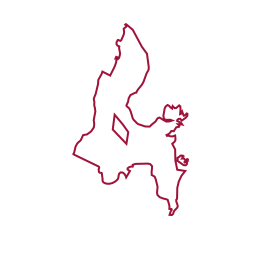 SVG path tracing the border of Camarines Sur, rotated 68°
{"feature_id": "PHL-2538", "entity_name": "Camarines Sur", "entity_type": "Province", "adm_level": 1, "iso_a3": "PHL", "parent_name": "Philippines", "parent_adm1": "", "projection": "mercator", "projection_center": [123.353, 13.672], "detail": "fine", "context": "isolated", "style": "outline", "palette": "rose", "viewbox_px": 256, "rotation_deg": 68, "n_neighbors": 0, "source": "natural_earth", "source_scale": "10m", "svg_char_len": 3361}
<svg xmlns="http://www.w3.org/2000/svg" viewBox="0 0 256 256"><g transform="rotate(68 128 128)"><path d="M98.3,106.9L98.0,108.4L98.4,113.4L100.7,116.2L103.8,118.2L106.4,121.0L107.5,121.0L110.3,119.5L113.7,119.3L121.0,120.0L122.5,119.7L126.7,118.0L128.2,117.1L133.0,111.5L133.8,109.8L134.1,108.9L134.6,108.0L134.8,107.1L133.9,105.3L132.3,100.1L130.1,97.0L130.1,94.9L134.6,91.6L135.2,91.0L136.3,90.2L137.1,88.3L137.5,86.1L137.6,84.2L136.2,85.7L134.5,90.1L133.3,91.0L131.4,91.0L130.1,90.7L123.8,86.8L122.2,85.1L121.5,82.7L122.8,81.6L125.2,80.7L126.5,79.8L124.4,78.4L127.1,77.3L127.5,75.7L126.2,72.1L127.5,71.4L130.3,72.3L134.7,74.5L134.7,73.6L134.2,73.2L132.9,71.6L136.8,71.8L137.6,71.6L137.6,70.6L136.5,68.1L137.1,67.6L138.9,68.4L140.1,70.5L141.3,75.5L139.0,76.1L138.5,77.8L139.1,79.4L139.9,79.8L142.4,77.5L143.6,76.7L145.1,76.4L144.4,77.3L143.2,80.3L144.6,79.7L145.1,79.4L146.0,80.3L145.4,82.9L148.1,86.8L147.0,89.0L147.9,90.3L148.6,91.7L148.9,93.2L148.9,94.9L149.8,94.9L150.5,93.1L151.6,91.7L152.5,90.0L152.6,87.1L155.4,87.9L157.2,88.7L158.3,90.2L159.2,92.9L165.5,92.3L175.7,96.2L185.1,98.0L189.3,91.0L192.3,96.3L196.6,100.9L201.9,104.7L211.9,109.0L212.2,109.4L212.4,109.9L212.8,110.3L214.5,110.8L217.8,110.9L219.4,111.3L220.3,112.2L222.2,116.3L224.6,118.5L225.1,120.0L224.1,122.0L221.8,120.1L221.0,119.2L220.3,118.1L219.4,118.1L219.2,118.7L218.5,120.0L216.5,119.0L214.1,118.5L209.5,118.1L208.3,119.3L206.4,122.0L203.9,124.6L201.0,125.8L198.6,125.2L193.6,122.6L186.0,121.5L183.1,121.5L181.8,122.5L180.5,123.6L177.6,122.6L174.5,120.9L172.3,120.0L169.9,120.9L168.5,122.8L164.1,134.5L163.9,137.4L165.0,137.7L165.6,138.1L165.2,138.9L164.9,139.6L164.8,140.3L164.8,141.8L165.2,143.4L166.1,143.9L167.3,143.4L168.6,142.3L173.1,148.2L171.8,148.1L169.3,148.5L167.3,149.6L166.4,151.6L167.1,153.4L168.6,154.5L170.4,155.5L171.8,156.9L172.9,160.1L173.2,163.4L172.6,166.7L171.0,169.6L169.1,171.2L167.5,171.4L165.8,170.7L160.0,169.2L159.6,169.5L159.2,170.3L158.7,171.1L157.8,171.4L155.3,170.7L154.1,169.6L152.9,169.5L132.8,187.7L131.7,188.4L130.6,187.1L125.5,183.5L123.4,180.9L122.8,179.7L122.1,177.5L121.5,176.2L117.8,172.3L118.6,168.4L117.4,163.6L114.7,159.5L111.7,157.8L107.8,156.8L100.5,152.1L96.6,151.1L94.3,150.8L91.2,149.4L89.1,149.1L87.7,148.5L84.4,145.3L75.9,139.2L74.1,138.4L72.2,137.4L68.1,132.3L66.1,130.6L72.7,124.9L66.0,117.3L62.7,114.4L58.5,112.3L58.5,113.2L57.6,112.3L58.5,111.3L60.2,111.3L59.6,110.0L57.7,108.5L55.8,107.4L50.4,106.3L49.1,105.5L47.5,107.0L45.7,107.2L44.0,106.3L42.6,104.5L42.8,103.9L43.8,103.2L44.4,102.3L43.9,101.2L39.8,97.0L38.1,95.9L36.3,95.2L34.5,94.9L34.0,94.0L33.6,92.1L32.8,90.9L31.2,91.9L30.9,91.1L31.3,90.7L38.7,86.8L57.9,84.7L66.3,82.6L79.1,85.9L81.1,86.7L82.2,87.6L83.0,88.7L84.3,90.3L91.2,96.5L93.2,99.1L95.8,103.9L97.3,106.1L98.3,106.9ZM123.7,142.7L142.1,135.4L131.9,129.3L122.7,131.5L110.7,135.4L123.7,142.7ZM182.7,86.7L183.4,86.8L184.2,88.5L183.3,90.3L176.7,94.6L176.1,94.1L175.7,93.7L175.3,93.5L174.9,93.6L174.4,93.5L174.0,92.4L173.9,91.0L173.4,90.0L173.3,89.2L174.3,87.4L174.7,87.2L174.8,88.0L175.1,88.4L175.7,88.3L176.2,88.7L176.6,89.3L176.7,89.0L176.8,87.9L177.4,87.4L178.2,87.4L178.9,87.0L179.6,87.0L180.2,87.4L180.5,87.7L180.8,88.4L181.2,88.3L181.1,87.5L180.9,87.0L180.1,85.6L179.8,85.8L179.3,85.8L179.0,85.2L179.2,84.4L179.7,84.2L181.1,85.1L182.0,86.2L182.7,86.7Z" fill="none" stroke="#9f1239" stroke-width="2"/></g></svg>